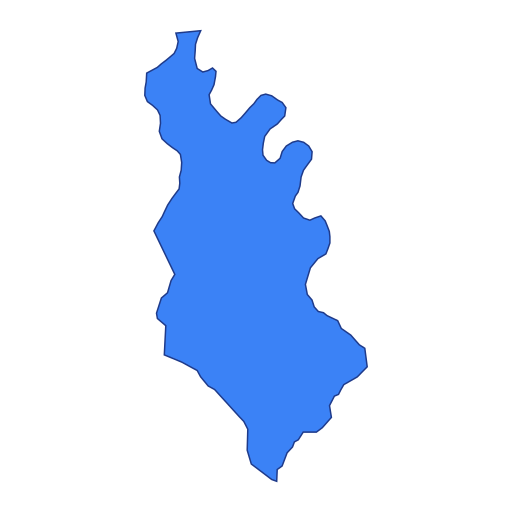 the district of Dezesseis de Novembro, Rio Grande do Sul, Brazil
{"feature_id": "56859067B97658409243233", "entity_name": "Dezesseis de Novembro", "entity_type": "district", "adm_level": 2, "iso_a3": "BRA", "parent_name": "Brazil", "parent_adm1": "Rio Grande do Sul", "projection": "equal_earth", "projection_center": [-55.077, -28.199], "detail": "fine", "context": "isolated", "style": "filled", "palette": "blue", "viewbox_px": 512, "rotation_deg": 0, "n_neighbors": 0, "source": "geoboundaries", "source_scale": "gbopen_adm2", "svg_char_len": 2011}
<svg xmlns="http://www.w3.org/2000/svg" viewBox="0 0 512 512"><path d="M320.9,215.9L314.7,218.0L309.9,220.2L303.5,218.0L298.7,212.8L294.6,208.8L292.7,203.5L295.3,196.1L298.0,192.3L300.0,186.0L301.1,177.0L303.5,170.2L306.8,165.6L311.5,159.2L312.1,151.7L308.7,146.0L303.7,142.3L297.9,140.8L292.5,142.2L286.3,146.0L282.2,151.5L280.1,158.3L274.8,162.9L270.5,162.7L266.6,160.3L263.0,155.2L262.5,149.8L263.3,143.2L264.7,136.4L270.1,128.9L277.4,123.9L281.3,119.5L284.7,116.0L285.9,107.7L282.2,102.5L277.6,100.0L271.7,95.8L265.7,94.1L261.0,95.4L257.0,99.4L253.9,103.7L249.8,107.7L245.0,113.4L241.2,117.7L236.0,122.3L231.9,123.0L225.5,119.3L220.8,116.0L216.6,111.2L210.5,103.9L209.1,94.7L211.6,90.1L214.0,84.7L215.5,76.6L216.0,71.3L212.5,68.0L208.0,70.6L202.8,72.0L197.2,68.5L194.6,58.4L195.2,50.6L195.5,44.3L197.6,37.7L200.7,30.7L175.9,33.1L178.2,41.5L176.7,48.3L174.1,53.5L166.3,60.1L161.4,63.8L157.3,67.4L146.7,73.1L146.2,82.0L145.1,88.1L144.8,95.4L147.4,101.6L152.5,105.3L157.5,109.9L160.1,115.4L160.5,123.3L159.3,131.3L162.0,138.8L167.3,143.7L172.4,147.6L177.2,150.8L180.4,154.4L181.7,162.5L181.2,170.2L179.4,177.0L179.8,183.3L179.1,188.9L175.7,193.4L172.0,198.4L167.7,205.0L164.4,211.9L162.3,216.5L158.2,222.8L153.9,230.9L174.8,274.4L171.1,280.5L167.5,292.8L161.4,298.0L156.5,313.2L157.4,318.5L165.8,325.7L164.3,354.9L172.3,358.2L181.7,362.1L197.2,370.5L200.6,376.8L208.2,386.0L214.6,389.5L239.4,416.8L243.8,421.4L247.8,429.2L247.2,450.2L251.3,464.0L271.7,479.5L276.7,481.3L277.2,469.5L282.1,466.0L287.1,452.8L292.5,447.0L294.4,441.9L298.3,439.8L303.2,432.1L316.4,432.1L322.3,427.7L331.4,417.4L329.5,405.6L334.4,396.1L338.5,394.4L340.7,390.0L343.8,384.6L357.3,376.9L360.8,373.3L367.2,366.8L364.8,348.3L359.3,344.8L350.8,335.1L341.3,328.5L337.7,320.7L327.0,315.6L323.5,312.7L318.3,311.5L314.2,306.9L312.0,300.0L307.3,294.5L305.4,284.4L310.4,267.8L317.9,258.6L325.9,253.9L328.0,248.5L329.9,243.0L329.9,236.7L329.3,231.4L327.3,226.1L325.2,220.9L320.9,215.9Z" fill="#3b82f6" stroke="#1e3a8a" stroke-width="1.5"/></svg>